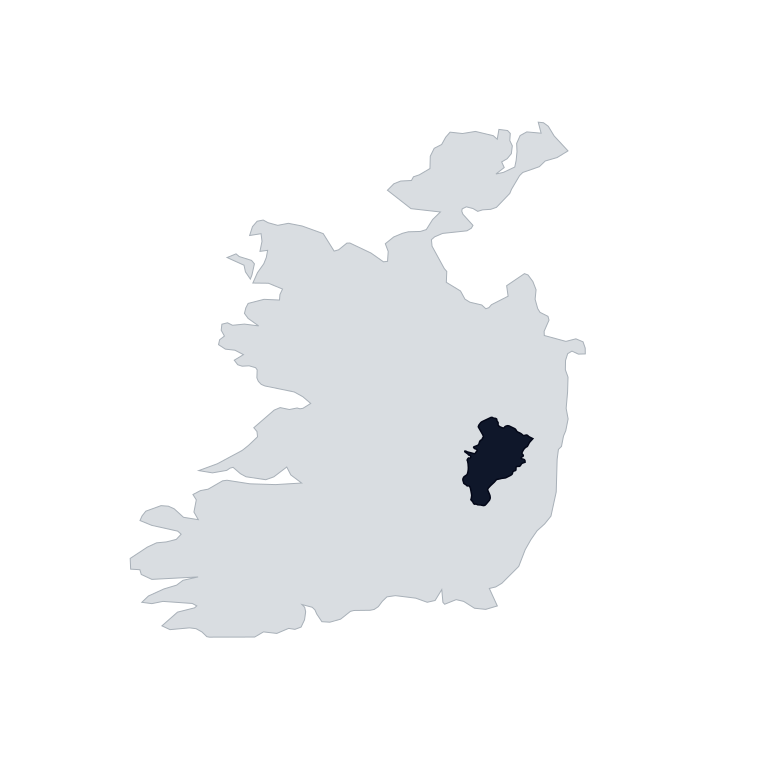 where Kildare sits in Ireland, rotated 16°
{"feature_id": "IRL-721", "entity_name": "Kildare", "entity_type": "County", "adm_level": 1, "iso_a3": "IRL", "parent_name": "Ireland", "parent_adm1": "", "projection": "mercator", "projection_center": [-6.829, 53.156], "detail": "fine", "context": "in_parent", "style": "filled", "palette": "ink", "viewbox_px": 768, "rotation_deg": 16, "n_neighbors": 0, "source": "natural_earth", "source_scale": "10m", "svg_char_len": 6576}
<svg xmlns="http://www.w3.org/2000/svg" viewBox="0 0 768 768"><g transform="rotate(16 384 384)"><path d="M473.4,132.3L459.1,142.4L456.9,146.3L452.9,161.7L452.4,166.1L443.4,183.2L438.4,186.7L430.8,189.4L426.5,192.2L421.2,190.8L414.3,191.0L410.9,194.1L411.1,196.4L413.1,199.1L425.8,207.0L425.0,210.2L421.5,213.9L398.8,223.1L392.1,228.6L389.8,232.2L392.2,238.3L410.2,256.5L413.3,258.5L415.9,269.1L431.9,273.5L438.4,280.1L444.0,281.7L456.2,281.1L461.1,283.6L463.8,281.7L465.4,278.2L479.1,265.4L474.8,255.7L488.6,239.2L492.4,239.5L498.9,244.5L504.2,251.5L505.9,260.9L511.0,269.2L514.2,272.1L523.0,273.8L525.0,277.1L523.4,289.2L524.7,293.2L547.1,292.9L556.0,287.7L563.7,288.6L567.5,294.0L569.2,299.6L562.6,301.7L555.6,300.6L552.2,304.2L552.0,311.3L554.4,320.3L559.0,326.7L562.7,341.2L565.8,357.2L570.6,366.8L571.6,378.8L570.9,384.6L571.8,395.1L569.7,398.8L571.2,408.7L579.3,440.3L580.9,465.0L577.0,474.2L571.6,482.9L568.1,493.2L565.4,504.3L563.8,522.2L552.2,543.1L547.3,548.3L541.6,551.5L554.1,566.1L543.9,572.6L532.8,574.6L520.5,571.0L512.8,571.4L503.0,579.0L500.8,577.6L496.2,565.7L492.8,578.0L485.7,581.9L473.6,581.1L453.3,584.3L445.5,587.8L442.3,593.3L439.9,599.6L436.7,603.4L433.1,605.3L417.5,610.0L414.4,611.8L407.1,622.0L397.6,627.9L389.8,629.6L382.8,623.7L379.9,620.2L376.6,618.4L365.9,618.6L369.3,620.5L371.5,624.6L372.6,632.6L371.3,640.5L366.0,644.4L359.7,645.2L349.7,653.3L336.5,655.5L329.4,662.9L285.8,675.5L283.3,675.7L277.3,672.5L270.8,671.0L264.3,672.0L246.0,679.1L237.2,677.7L248.4,660.2L263.6,651.4L265.2,648.9L260.2,647.8L231.4,653.9L221.4,659.1L211.4,660.6L216.0,652.7L228.9,641.7L240.1,634.5L244.9,628.1L258.5,620.7L214.7,635.8L203.2,634.0L200.5,629.8L191.5,631.8L188.1,621.6L201.4,606.1L209.1,599.4L218.3,595.8L227.2,590.6L230.4,584.3L226.3,582.3L199.8,583.9L187.1,582.5L187.8,577.5L190.1,571.9L203.2,562.4L210.4,560.9L216.7,561.8L228.0,567.4L242.9,565.6L236.6,559.5L235.5,547.1L230.8,542.9L236.9,537.1L243.9,533.6L255.5,521.6L259.6,519.8L282.7,516.9L307.5,510.6L332.1,501.9L319.5,497.1L313.4,490.6L303.7,503.6L296.7,508.6L277.0,511.2L270.7,509.8L261.9,505.7L259.2,507.3L256.6,510.4L243.6,516.7L229.8,518.3L245.8,506.6L266.1,486.8L270.6,480.5L277.0,469.6L275.0,464.7L270.9,461.9L285.6,439.4L290.7,435.3L300.1,434.6L307.1,431.0L310.1,431.0L312.8,429.7L318.9,422.9L309.5,418.6L299.9,416.4L270.1,418.7L266.1,418.2L262.5,416.1L260.1,413.1L258.2,405.4L256.1,403.7L249.3,403.7L242.7,406.0L238.1,405.8L233.5,402.4L240.8,394.5L231.4,392.6L221.9,394.2L214.1,391.8L213.8,386.8L217.4,381.9L212.7,377.2L211.7,371.2L216.7,368.3L222.2,369.3L233.3,364.9L247.5,362.7L235.3,358.4L230.4,354.6L230.2,348.9L231.2,344.0L245.3,335.7L260.4,332.1L259.3,326.6L260.3,320.7L245.1,319.0L230.1,323.1L231.7,311.8L235.3,301.6L236.0,294.8L235.3,287.6L228.2,290.7L227.4,280.5L224.4,273.4L213.9,278.3L214.2,269.0L217.2,262.5L222.7,259.7L228.1,260.9L238.1,260.8L247.8,255.9L261.8,254.7L284.1,256.2L299.4,270.0L303.4,267.5L309.5,258.8L312.4,257.9L335.4,261.7L349.8,266.7L353.6,265.1L351.5,255.4L346.6,248.8L352.8,240.0L360.3,234.0L365.4,231.0L377.0,227.3L382.1,223.9L385.4,212.5L390.8,203.1L361.6,208.0L333.9,196.8L338.3,188.8L344.1,184.3L354.3,180.8L355.2,176.7L360.3,173.2L368.8,164.2L365.7,152.3L367.3,143.6L373.4,137.9L375.3,129.7L378.1,123.7L390.4,121.6L402.3,116.0L420.6,115.2L425.4,117.5L424.3,107.6L432.9,106.3L436.3,108.3L437.8,115.3L441.7,119.7L442.9,127.5L440.3,133.5L435.9,138.1L439.9,142.8L433.7,151.3L440.4,147.7L449.9,139.4L449.4,132.6L447.8,124.0L445.2,116.2L446.4,107.6L451.8,102.3L465.9,99.6L460.1,89.8L465.3,88.9L470.9,91.0L479.1,98.6L496.6,109.2L488.0,118.6L477.5,125.2L473.4,132.3ZM227.0,315.6L226.6,320.0L219.9,314.4L216.7,308.4L198.3,305.7L205.9,299.7L209.7,301.4L222.6,301.7L226.3,304.2L227.0,315.6Z" fill="#d9dde1" stroke="#a8b0b8" stroke-width="1"/><path d="M517.4,466.6L515.4,471.1L514.5,472.7L513.6,473.3L512.9,473.5L509.9,473.7L507.5,474.3L505.3,474.0L504.8,474.4L504.0,474.6L503.6,474.5L503.2,474.2L502.8,473.9L502.2,473.2L501.5,472.6L499.4,471.3L499.4,469.5L499.3,469.0L499.1,467.2L498.6,465.9L495.8,460.3L494.7,459.0L493.9,458.4L492.9,458.8L492.1,459.0L491.6,458.9L491.2,458.6L490.3,458.2L489.1,457.9L488.6,457.7L488.1,457.5L487.8,457.1L487.6,456.6L487.1,455.8L486.8,455.5L486.5,455.0L486.2,454.3L486.0,453.4L486.2,452.0L486.4,451.3L486.7,450.8L488.3,448.9L488.6,448.5L488.8,447.9L488.9,447.6L488.9,445.6L488.6,443.1L488.1,441.1L486.8,437.5L485.6,435.1L485.0,434.5L484.9,434.1L484.9,433.6L485.2,432.6L485.4,432.1L485.8,431.7L486.2,431.7L486.7,431.7L487.1,431.5L487.4,431.2L487.5,430.6L487.5,430.0L487.0,429.4L486.6,429.0L484.8,428.9L484.0,428.2L480.4,426.9L480.2,426.6L480.2,426.2L480.9,426.0L481.5,426.0L482.7,426.3L490.1,426.1L490.5,425.8L490.8,425.3L491.1,424.6L491.4,423.6L491.7,422.9L491.9,422.4L491.8,421.9L491.1,421.3L490.5,421.2L489.3,421.2L488.8,421.0L488.3,420.8L487.9,420.5L487.6,420.2L487.6,419.8L488.0,419.4L490.5,417.5L491.2,416.8L491.5,416.4L491.7,415.7L491.8,414.7L491.8,412.9L492.1,412.0L492.4,411.4L493.1,411.0L493.3,410.7L493.5,410.0L493.6,408.8L493.9,408.2L494.2,407.8L493.9,406.9L492.9,405.5L486.7,399.5L486.4,399.0L486.5,397.4L487.7,394.3L488.6,393.2L496.1,386.6L497.0,386.3L497.6,386.3L498.2,386.5L499.0,386.6L500.5,386.3L501.4,386.4L501.9,386.6L502.2,387.0L502.3,387.5L502.6,388.0L502.9,388.4L504.0,389.3L504.2,389.5L504.4,389.8L504.5,390.2L504.7,391.2L504.9,391.7L505.0,391.9L505.3,392.2L506.1,392.8L507.4,393.2L510.0,393.5L510.8,393.4L511.4,393.1L511.6,392.8L511.9,392.1L512.0,391.7L512.4,391.3L512.9,390.8L514.3,390.0L515.7,389.8L522.1,390.9L523.1,391.4L524.2,392.4L524.5,392.7L525.1,393.1L525.9,393.3L528.5,393.7L529.9,394.1L531.9,395.1L532.5,395.0L533.1,394.8L534.8,393.8L535.5,393.7L536.1,393.8L536.5,394.0L537.9,394.7L542.2,395.5L540.8,398.3L539.9,400.2L539.1,404.1L538.9,404.6L538.2,405.3L537.7,405.8L536.7,407.4L536.2,408.9L535.6,411.4L535.7,412.5L536.0,413.1L536.4,413.4L536.8,413.5L537.1,413.7L537.4,414.0L537.7,414.6L537.6,415.1L537.3,415.5L536.8,416.0L536.2,416.7L536.1,417.3L536.3,417.7L536.8,417.9L539.3,417.9L539.8,418.1L540.3,418.4L540.6,418.8L541.2,420.3L538.8,422.0L538.5,422.3L538.1,423.0L537.6,424.9L537.2,425.5L536.8,425.9L534.5,426.6L534.1,427.1L533.9,427.6L533.9,428.2L534.3,429.2L534.4,429.8L534.4,430.7L533.9,431.2L532.5,432.1L532.2,432.7L532.0,433.3L532.1,433.9L532.1,434.5L532.0,435.4L531.6,436.0L531.0,436.8L526.9,440.6L526.4,440.9L523.1,442.3L521.4,443.3L519.1,444.5L518.5,444.9L518.2,445.5L517.1,447.9L514.4,452.4L513.0,455.2L512.8,455.9L512.7,456.4L512.8,456.9L512.9,457.4L515.4,460.4L516.6,462.0L517.0,462.9L517.4,463.8L517.6,464.9L517.4,466.6Z" fill="#0f172a" stroke="#020617" stroke-width="1.5"/></g></svg>